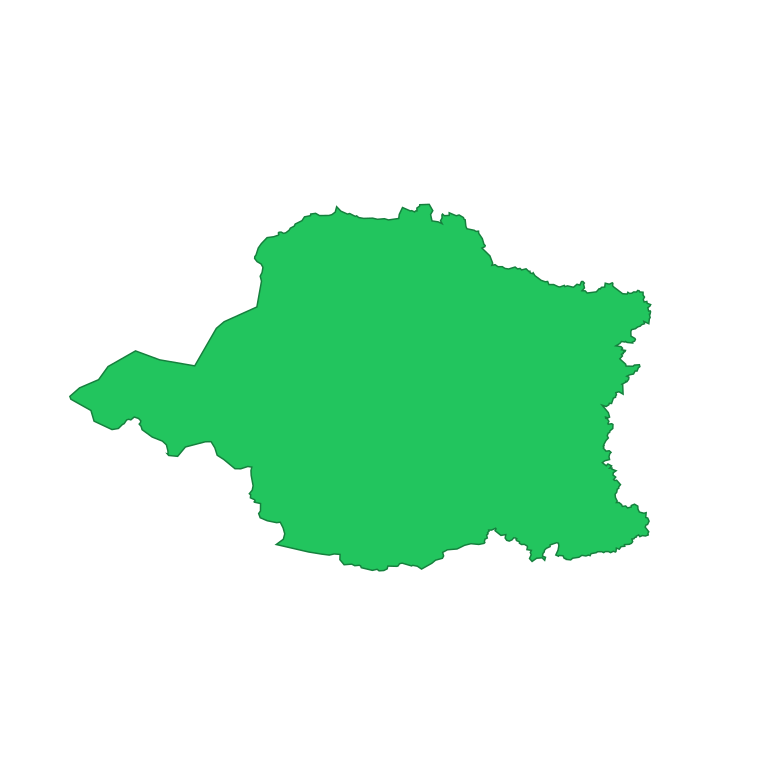 Killaloe Lea-5, Clare, Ireland, rotated 197°
{"feature_id": "5873133B2483267720769", "entity_name": "Killaloe Lea-5", "entity_type": "district", "adm_level": 2, "iso_a3": "IRL", "parent_name": "Ireland", "parent_adm1": "Clare", "projection": "natural_earth1", "projection_center": [-8.743, 52.879], "detail": "fine", "context": "isolated", "style": "filled", "palette": "green", "viewbox_px": 768, "rotation_deg": 197, "n_neighbors": 0, "source": "geoboundaries", "source_scale": "gbopen_adm2", "svg_char_len": 6152}
<svg xmlns="http://www.w3.org/2000/svg" viewBox="0 0 768 768"><g transform="rotate(197 384 384)"><path d="M650.4,263.7L630.8,260.9L625.0,263.8L622.3,268.8L620.9,270.1L619.6,274.4L617.9,275.6L615.6,275.7L613.2,279.4L608.7,279.3L605.8,277.7L605.6,275.8L606.4,274.1L603.9,272.5L602.0,269.6L590.2,265.5L579.2,264.6L574.3,262.2L571.1,256.9L570.0,253.8L570.7,253.8L569.0,252.7L560.2,254.5L555.5,265.7L538.0,276.5L532.5,278.3L527.1,273.5L522.7,267.1L515.2,265.0L501.7,259.4L496.1,261.1L490.1,265.3L486.1,265.9L485.9,262.3L484.3,257.8L479.4,248.4L479.0,243.9L480.7,239.7L479.1,239.1L478.5,236.1L473.9,235.5L473.1,234.5L473.7,233.3L473.3,233.1L467.1,233.6L465.0,226.4L466.0,223.5L463.3,219.9L455.7,219.1L446.1,220.0L442.8,221.5L438.4,216.9L435.1,211.7L434.9,206.1L440.1,199.0L407.1,201.3L393.9,203.1L386.3,204.4L382.0,206.9L376.2,208.2L374.8,203.1L369.3,199.5L362.2,202.3L358.8,201.7L354.7,203.4L353.2,203.2L352.0,201.7L340.6,202.4L336.4,204.8L334.1,203.9L329.6,205.6L326.9,208.2L327.1,211.0L318.4,213.4L317.4,214.1L316.6,216.7L314.3,218.0L304.4,218.1L303.6,219.0L298.8,219.5L294.0,218.0L285.8,226.6L283.2,230.6L277.2,234.4L276.7,237.0L278.7,240.1L274.9,244.0L265.9,247.6L259.8,253.3L254.2,256.7L246.4,258.3L241.8,260.8L241.2,261.8L241.9,262.6L242.1,265.1L240.2,266.9L241.7,269.5L240.7,271.2L241.5,272.2L240.5,273.8L241.2,274.9L238.4,275.8L235.1,278.7L234.5,278.2L234.9,276.2L227.9,273.4L223.5,275.6L223.1,272.1L220.9,270.4L218.3,270.4L216.0,272.4L215.0,274.8L213.2,275.2L211.7,274.7L212.2,273.7L211.4,273.0L208.3,272.7L208.0,271.4L205.6,270.7L202.9,271.7L199.9,271.0L199.2,270.3L198.9,267.4L194.4,268.0L194.8,265.6L193.3,263.7L193.8,259.6L190.5,257.6L187.1,262.0L182.0,264.0L178.8,262.4L178.9,265.5L182.0,265.7L182.5,268.3L181.7,270.1L181.9,272.2L180.7,274.3L177.6,277.1L178.2,278.6L172.4,282.8L170.7,282.7L169.5,280.4L169.0,276.0L169.7,270.7L166.8,270.3L166.5,271.2L162.7,272.1L160.6,269.9L159.1,270.2L158.6,269.5L154.0,270.4L152.6,272.6L146.9,275.3L144.7,278.0L140.6,278.6L138.4,280.2L136.7,280.1L136.4,282.3L131.6,284.8L130.8,286.0L126.8,287.3L124.6,287.0L123.5,288.4L120.3,289.4L118.0,289.0L115.8,291.1L113.6,291.0L113.2,291.6L113.8,295.0L110.7,294.8L109.7,297.8L106.3,299.2L107.1,300.7L102.6,302.4L100.8,304.0L100.1,305.9L101.6,308.2L99.8,309.0L99.4,310.4L98.0,311.4L98.3,312.1L96.4,314.1L94.7,312.8L92.6,314.6L89.5,315.1L87.2,316.9L87.9,318.2L87.6,320.1L92.4,323.5L92.2,325.8L90.9,326.7L90.4,330.3L92.6,332.9L94.7,332.9L95.7,337.6L97.6,336.4L102.3,336.2L104.5,338.5L105.6,341.4L109.3,342.3L112.0,340.1L111.6,338.7L114.9,336.7L117.2,338.0L120.3,336.6L121.6,338.2L124.7,339.4L127.1,338.6L126.8,340.3L129.4,343.0L130.8,346.1L129.8,348.5L130.2,351.7L129.0,352.9L129.5,354.3L128.4,356.9L133.4,360.0L135.1,359.2L136.5,359.7L135.2,362.7L138.4,363.9L138.8,366.2L136.7,368.9L141.1,369.2L141.5,370.3L143.6,369.5L142.4,372.2L146.5,373.0L147.6,370.8L152.2,372.6L150.5,375.1L146.2,377.7L147.6,380.2L147.7,383.3L146.9,385.0L149.1,386.0L152.0,384.7L155.5,386.8L155.3,388.0L156.2,388.7L155.6,389.7L156.1,390.2L155.2,394.8L153.7,398.0L155.4,399.7L155.2,402.7L154.1,403.6L154.2,405.3L152.2,408.3L153.2,412.2L154.6,412.6L157.8,411.1L158.3,411.7L158.0,414.1L160.7,416.2L162.0,416.1L162.5,417.1L159.8,417.1L158.6,418.3L161.1,422.2L169.2,427.5L165.0,427.4L162.9,429.9L162.9,431.4L160.7,431.9L160.5,437.6L158.7,439.0L159.0,440.5L158.5,441.6L159.8,443.5L157.0,445.3L152.4,444.2L155.5,453.0L156.4,453.3L153.1,456.6L153.6,457.2L152.3,457.4L151.4,460.2L151.8,462.1L154.1,462.4L151.8,464.6L148.3,466.5L147.7,469.8L145.8,470.4L145.5,473.9L144.4,475.4L145.4,477.1L150.1,475.3L151.0,473.8L157.7,471.9L158.7,473.6L165.9,477.0L164.2,480.5L165.6,481.8L164.1,483.0L164.5,483.5L163.6,484.8L164.0,485.3L163.0,485.6L162.9,486.7L166.9,486.2L166.4,488.0L168.2,489.0L173.4,488.3L170.3,491.7L169.3,494.1L165.8,494.6L165.5,495.3L163.7,494.8L158.3,495.9L158.8,496.5L156.9,498.3L156.6,500.1L157.3,500.9L161.8,502.0L163.3,506.3L163.1,508.4L159.7,510.4L158.1,512.7L155.8,514.3L155.0,516.0L152.5,517.8L153.8,519.8L148.4,519.1L149.3,523.9L148.9,525.3L150.6,528.3L150.0,528.6L150.2,531.0L150.7,531.7L152.3,531.2L154.0,534.1L152.5,536.2L152.2,537.9L155.9,538.1L156.8,539.8L159.2,538.5L160.8,540.7L160.3,543.3L162.2,544.7L163.1,547.5L166.4,546.8L167.4,547.8L168.8,547.6L169.4,545.8L172.2,545.0L173.7,543.2L175.7,542.4L177.6,543.0L177.8,541.1L182.2,540.1L193.0,544.1L194.1,544.8L194.6,547.2L195.3,547.5L197.8,545.3L201.9,545.1L201.3,541.2L204.4,540.0L204.9,538.2L206.1,538.1L207.9,534.2L216.3,530.4L218.8,531.9L221.9,531.1L220.4,534.5L222.4,537.9L221.9,539.1L223.8,540.2L225.1,539.7L225.6,535.9L228.6,535.8L231.1,531.9L237.2,531.5L239.5,530.0L240.4,531.0L244.2,528.2L245.8,528.0L250.8,528.7L255.4,527.3L257.5,529.9L259.7,528.9L264.1,529.1L271.3,531.7L273.9,534.0L274.3,533.0L276.5,532.9L277.5,534.5L278.2,533.9L281.8,535.7L285.8,533.3L287.7,534.3L289.9,533.1L292.8,534.2L298.5,530.4L302.2,529.9L305.2,530.8L309.3,529.5L312.7,530.6L315.6,529.0L315.4,531.3L320.2,537.5L330.1,542.6L327.7,544.8L327.7,546.0L329.3,546.9L332.5,551.8L337.5,555.8L338.3,557.8L340.8,556.8L342.6,557.4L350.1,556.7L351.8,558.7L354.4,564.8L355.7,565.0L356.7,566.4L361.6,567.6L364.1,566.0L371.7,566.8L370.9,564.3L375.5,562.6L377.7,563.6L378.0,562.6L377.0,559.6L377.7,556.7L375.3,554.3L379.6,554.9L385.8,554.0L389.0,559.7L388.0,564.0L393.3,569.0L402.2,565.9L402.0,564.4L404.0,561.9L403.1,559.2L404.5,558.7L405.0,557.5L408.2,557.9L409.4,557.2L417.9,558.2L419.0,550.7L418.3,546.6L427.7,542.2L431.9,542.2L438.4,539.6L443.3,539.3L451.9,536.4L456.9,535.8L459.3,536.8L460.5,535.9L466.7,537.0L468.5,535.8L475.8,536.7L481.1,539.7L480.9,534.1L483.4,530.7L485.9,529.1L494.9,526.2L499.3,527.2L503.8,525.1L503.5,523.5L508.9,520.6L510.2,516.2L515.7,511.0L516.0,508.7L519.1,505.7L519.7,503.3L522.1,499.9L524.1,498.7L526.8,499.2L528.8,498.4L529.2,497.5L528.3,496.4L528.5,495.5L532.5,492.6L538.6,489.8L542.3,482.5L544.0,477.3L544.1,470.0L544.8,468.0L544.4,466.2L541.1,463.9L536.7,462.9L533.9,460.2L533.2,455.0L533.9,450.9L531.2,446.5L528.1,420.5L555.1,396.8L560.6,388.2L570.3,346.0L605.6,341.5L631.3,343.0L653.0,320.0L658.2,304.7L674.0,291.3L680.8,280.3L679.0,277.9L656.5,273.0L650.4,263.7Z" fill="#22c55e" stroke="#15803d" stroke-width="1.5"/></g></svg>